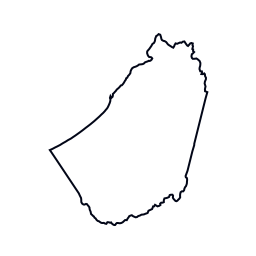 Aracruz, Espírito Santo, Brazil, rotated 194°
{"feature_id": "56859067B44994056013366", "entity_name": "Aracruz", "entity_type": "district", "adm_level": 2, "iso_a3": "BRA", "parent_name": "Brazil", "parent_adm1": "Espírito Santo", "projection": "equal_earth", "projection_center": [-40.187, -19.781], "detail": "fine", "context": "isolated", "style": "outline", "palette": "ink", "viewbox_px": 256, "rotation_deg": 194, "n_neighbors": 0, "source": "geoboundaries", "source_scale": "gbopen_adm2", "svg_char_len": 3692}
<svg xmlns="http://www.w3.org/2000/svg" viewBox="0 0 256 256"><g transform="rotate(194 128 128)"><path d="M198.5,87.7L197.1,86.5L190.9,80.9L159.9,52.7L158.9,51.4L157.9,50.2L156.6,48.7L156.0,47.1L155.7,45.9L155.3,44.7L154.1,43.5L152.7,43.0L151.6,43.2L150.4,44.2L149.4,44.2L148.5,43.4L147.3,42.6L146.2,41.6L145.7,40.2L145.1,39.1L144.1,37.9L143.5,36.6L142.9,35.5L141.6,34.9L140.6,34.2L139.7,33.9L138.8,32.9L137.5,32.4L136.6,31.5L135.7,30.9L134.7,30.5L133.7,30.5L132.5,30.0L131.0,29.5L129.9,29.6L128.5,30.1L127.0,29.7L125.8,29.8L125.2,31.6L123.8,31.9L122.4,31.7L121.6,32.3L120.7,31.5L119.3,30.8L117.9,30.5L116.9,30.9L116.5,32.2L115.8,33.1L114.6,33.4L112.8,33.6L111.4,34.3L110.3,35.3L109.4,36.7L108.5,38.0L106.9,38.3L106.4,40.2L105.8,41.5L105.5,42.7L104.4,43.6L103.2,44.3L101.9,43.7L100.4,43.4L99.0,43.2L97.7,43.8L96.7,45.1L95.3,45.9L93.9,47.2L92.4,47.7L91.2,48.3L90.4,49.0L89.5,49.5L88.4,50.3L88.1,52.7L87.1,53.5L86.1,54.3L85.0,55.2L84.8,56.7L84.7,58.0L83.7,58.3L83.2,60.0L81.6,59.5L80.4,59.1L78.8,60.1L77.9,61.2L78.5,62.4L77.7,63.6L76.4,63.9L75.3,64.7L75.8,66.7L75.6,68.5L74.1,69.2L72.8,69.9L71.5,71.0L71.3,73.0L70.1,73.7L68.7,74.0L67.9,73.2L67.6,71.2L66.6,70.2L65.5,69.5L64.3,68.7L63.3,68.7L62.5,69.4L61.9,70.6L61.1,71.8L60.6,73.3L61.1,74.9L61.4,76.5L61.4,78.4L60.4,79.6L59.1,79.9L58.5,81.3L58.6,82.8L58.3,84.4L57.7,85.6L57.5,87.4L57.5,88.7L57.8,90.1L58.0,91.6L58.3,92.8L59.0,93.9L59.9,94.1L60.5,95.3L59.9,101.0L59.9,103.1L59.9,106.2L59.9,112.4L59.9,117.6L59.9,120.9L59.6,127.4L59.9,128.8L59.9,137.5L59.9,142.7L59.9,145.0L59.9,146.8L59.9,150.9L59.9,158.7L59.9,162.8L59.9,164.7L59.9,167.7L59.9,172.3L59.9,175.6L59.7,182.0L61.0,182.2L62.1,182.3L62.7,184.1L62.8,185.5L62.8,187.0L63.6,188.4L64.4,189.7L64.6,191.7L64.4,192.9L64.2,194.1L64.5,195.6L65.7,196.9L66.4,198.8L67.3,199.4L68.2,198.4L69.8,198.1L69.6,199.7L70.0,200.8L71.6,200.5L72.9,202.5L73.1,204.1L73.0,205.7L73.2,207.2L73.5,208.6L74.7,210.3L76.0,211.0L77.2,211.6L78.5,212.0L79.3,211.6L80.7,211.1L81.9,210.8L83.0,211.5L83.8,213.0L83.9,215.0L83.2,215.9L82.2,217.7L83.5,218.4L83.8,220.0L84.7,220.2L84.7,221.5L84.7,223.1L85.5,224.1L85.6,225.7L87.1,225.8L88.1,225.1L88.8,223.6L89.6,222.1L90.6,222.4L92.6,224.1L94.2,225.6L95.7,225.0L96.8,223.6L98.1,223.6L99.3,222.7L100.7,221.6L102.3,221.6L102.9,219.7L103.0,218.4L103.5,216.9L104.7,217.1L106.4,217.7L108.3,218.3L109.5,218.8L110.6,219.7L111.7,220.6L112.6,220.9L113.5,221.2L114.7,221.1L116.4,221.6L117.2,222.6L117.9,224.1L118.7,225.4L119.3,226.3L121.0,226.5L122.0,224.8L122.8,224.2L123.0,222.9L123.2,221.5L123.0,219.7L123.0,218.4L123.4,216.8L124.6,215.5L125.2,213.2L125.9,211.4L126.5,209.8L127.4,208.1L127.9,207.0L127.6,205.3L126.6,203.7L125.7,202.7L124.6,202.0L123.5,202.2L122.4,202.2L121.3,201.4L121.6,200.1L122.4,198.9L123.2,198.3L124.2,198.2L125.0,197.4L126.3,196.6L127.5,195.7L128.1,194.5L129.1,193.6L130.5,193.0L131.7,192.6L132.7,192.2L133.4,191.2L134.6,190.0L135.9,189.1L137.2,188.3L138.4,187.0L138.9,185.5L139.2,183.8L139.0,181.7L139.7,179.9L140.6,178.4L140.9,176.6L141.8,175.8L141.8,174.4L142.3,173.3L142.7,171.8L143.2,170.2L143.7,169.1L144.3,168.0L145.3,167.5L145.8,166.3L146.5,165.0L147.3,163.8L148.2,162.6L148.8,161.0L149.4,160.0L150.1,158.6L150.9,157.4L150.6,156.2L150.5,154.6L151.4,153.2L152.7,154.6L152.8,152.8L152.0,151.6L151.7,149.8L151.8,147.8L152.2,145.3L152.7,142.9L153.2,141.6L154.0,140.1L154.5,138.9L155.7,136.7L157.1,134.6L158.5,132.3L160.8,128.9L162.3,126.7L163.1,125.6L164.0,124.4L165.4,122.5L167.7,119.6L168.7,118.4L171.5,114.8L173.8,112.0L177.3,107.9L179.3,105.7L180.5,104.3L181.3,103.5L182.2,102.7L183.3,101.7L184.8,100.1L185.6,99.3L187.0,98.0L188.6,96.4L189.6,95.3L192.2,93.0L193.9,91.6L196.2,89.5L198.5,87.7Z" fill="none" stroke="#020617" stroke-width="2"/></g></svg>